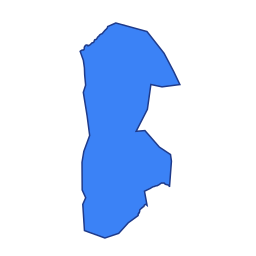 the district of Xaliun, Govi-Altay, Mongolia, rotated 82°
{"feature_id": "93677404B94337153520501", "entity_name": "Xaliun", "entity_type": "district", "adm_level": 2, "iso_a3": "MNG", "parent_name": "Mongolia", "parent_adm1": "Govi-Altay", "projection": "natural_earth1", "projection_center": [96.084, 46.015], "detail": "fine", "context": "isolated", "style": "filled", "palette": "blue", "viewbox_px": 256, "rotation_deg": 82, "n_neighbors": 0, "source": "geoboundaries", "source_scale": "gbopen_adm2", "svg_char_len": 1841}
<svg xmlns="http://www.w3.org/2000/svg" viewBox="0 0 256 256"><g transform="rotate(82 128 128)"><path d="M221.8,140.8L216.3,130.5L216.1,130.2L215.9,130.1L215.5,130.1L215.0,130.0L214.8,129.8L214.5,129.7L214.3,129.7L214.2,129.3L214.0,129.2L213.8,129.1L213.6,129.1L213.6,128.9L213.5,128.6L212.9,128.4L212.3,128.1L211.8,128.0L211.1,127.8L210.7,127.7L210.4,127.4L209.9,126.6L209.5,126.1L209.3,125.6L209.0,125.5L208.9,125.1L208.8,124.9L208.7,124.8L208.5,124.6L208.4,124.4L208.2,123.9L208.1,123.5L207.9,123.2L207.4,123.0L206.6,122.5L206.4,122.2L206.3,121.7L206.2,121.4L206.0,121.0L207.2,119.9L192.9,120.5L190.8,114.0L190.5,113.5L189.7,111.5L189.6,110.1L189.2,108.7L189.2,107.1L188.7,105.8L188.3,104.8L187.6,103.5L187.1,102.3L187.1,102.1L187.3,101.7L187.4,101.2L187.5,100.8L187.4,100.4L187.5,99.9L187.9,99.6L188.6,99.2L189.2,98.3L189.5,97.5L189.8,96.8L190.2,95.9L190.3,95.6L190.8,95.4L192.1,95.1L166.9,89.6L160.2,89.6L151.3,99.6L132.9,111.6L132.4,120.4L112.2,106.2L88.1,99.3L92.0,88.6L92.2,70.6L78.5,74.9L59.0,81.9L35.1,95.8L22.3,125.5L24.7,134.0L25.9,134.5L26.9,135.5L27.9,137.0L30.2,139.6L31.0,140.5L31.3,141.8L31.7,142.7L32.2,143.4L32.9,144.0L33.8,145.4L34.3,145.8L35.1,146.3L35.7,146.9L35.8,147.4L36.0,147.8L35.9,148.4L36.1,148.8L36.9,149.3L37.9,149.6L38.4,150.4L38.7,151.0L38.6,151.4L38.6,151.7L39.3,152.6L40.7,154.6L40.9,155.2L40.9,155.8L41.1,156.2L40.8,156.4L40.4,156.3L40.3,156.6L40.3,157.0L40.0,157.5L40.1,158.2L40.3,158.7L40.7,159.1L41.1,159.2L41.4,159.7L42.2,160.1L43.4,160.3L44.2,160.7L44.6,161.5L44.6,161.9L44.4,162.3L44.4,162.7L44.7,163.2L44.9,163.6L45.0,164.0L45.4,164.7L54.8,162.8L62.4,162.8L69.2,163.5L79.7,164.0L86.5,167.3L110.3,166.8L130.1,167.0L145.0,175.0L155.5,178.3L183.0,182.0L191.2,179.6L197.3,183.4L223.5,185.4L225.7,181.3L233.7,166.2L231.0,151.8L221.8,140.8Z" fill="#3b82f6" stroke="#1e3a8a" stroke-width="1.5"/></g></svg>